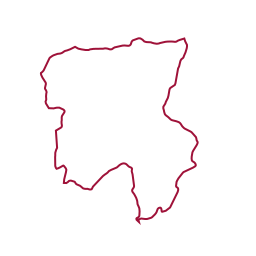 the Province of Uthai Thani, rotated 73°
{"feature_id": "THA-405", "entity_name": "Uthai Thani", "entity_type": "Province", "adm_level": 1, "iso_a3": "THA", "parent_name": "Thailand", "parent_adm1": "", "projection": "robinson", "projection_center": [99.519, 15.359], "detail": "fine", "context": "isolated", "style": "outline", "palette": "rose", "viewbox_px": 256, "rotation_deg": 73, "n_neighbors": 0, "source": "natural_earth", "source_scale": "10m", "svg_char_len": 3861}
<svg xmlns="http://www.w3.org/2000/svg" viewBox="0 0 256 256"><g transform="rotate(73 128 128)"><path d="M143.1,208.7L134.2,206.1L133.6,205.8L130.5,204.8L130.0,204.5L128.0,203.2L126.2,201.6L109.4,197.7L108.1,192.3L107.9,191.7L107.6,191.2L106.9,190.7L106.0,190.4L104.2,190.2L102.4,189.7L101.2,189.1L98.5,188.3L97.7,187.9L97.1,187.5L94.4,184.3L93.9,184.0L93.3,183.7L92.4,183.9L91.8,184.2L91.3,184.6L88.5,187.7L87.7,190.4L87.5,193.4L85.9,197.9L80.5,199.3L78.6,199.1L77.7,198.4L77.3,198.1L76.7,197.8L73.7,197.1L71.2,196.1L70.0,195.4L69.0,195.3L68.0,195.4L66.6,195.8L65.8,195.8L65.1,195.5L62.0,193.7L61.1,193.5L60.3,193.5L59.7,193.7L54.7,195.1L51.8,195.5L50.6,195.4L49.9,195.1L49.7,194.4L49.3,193.5L48.4,192.0L47.8,191.4L38.4,182.8L38.1,182.4L37.8,181.9L37.0,179.4L36.7,178.0L36.5,173.8L36.9,171.5L37.0,170.8L36.9,169.2L36.5,167.8L36.3,167.3L36.1,166.6L35.9,165.8L36.0,163.5L35.8,160.2L34.9,154.9L37.6,152.3L39.2,149.5L40.9,146.0L41.5,144.1L41.9,142.8L41.7,141.3L42.3,137.6L44.9,128.6L45.1,126.7L45.6,125.4L46.2,124.2L47.4,122.5L47.8,121.4L47.9,120.5L47.8,119.8L47.3,118.6L47.2,118.0L47.0,117.3L47.6,109.1L48.1,107.1L49.1,104.7L49.5,103.6L49.6,102.6L49.4,101.9L49.1,101.3L48.8,100.9L46.7,99.4L46.3,99.0L46.0,98.5L45.7,98.0L45.6,97.4L45.3,91.9L45.6,90.7L46.0,89.9L47.8,88.3L50.0,87.1L50.5,86.4L51.2,85.3L52.5,81.7L52.9,80.8L53.3,80.4L54.6,78.4L55.8,76.0L56.1,74.6L56.2,73.5L56.1,72.7L56.5,67.2L56.9,65.0L57.9,61.5L58.5,59.8L59.3,58.0L59.5,57.1L59.5,56.3L59.1,54.9L58.9,52.8L58.9,48.0L61.6,48.0L65.8,47.3L67.2,47.7L68.9,48.5L72.5,50.9L75.4,53.4L76.4,54.1L76.9,54.6L77.2,55.1L77.9,56.9L78.7,57.8L79.4,58.4L84.0,61.1L85.7,62.7L99.0,69.5L100.5,70.6L101.9,75.2L102.1,75.8L102.5,76.3L103.0,76.8L103.6,77.2L108.8,79.8L111.0,81.2L114.1,84.2L115.6,85.2L117.9,87.9L118.6,88.2L119.7,88.5L121.5,88.5L123.2,88.7L125.2,88.7L125.8,88.6L126.9,88.1L129.4,86.3L132.1,84.8L133.0,84.1L133.7,83.1L135.7,79.8L137.1,77.9L137.5,77.5L138.0,77.1L139.1,76.5L142.3,75.6L144.4,74.5L145.4,73.7L149.5,69.4L150.4,68.6L150.9,68.3L156.6,65.7L157.3,65.7L158.0,65.7L159.3,65.9L160.0,65.9L161.9,65.5L163.1,66.1L164.5,67.4L168.8,72.3L170.1,73.5L173.9,75.4L175.8,76.1L177.1,76.3L177.7,76.4L178.3,76.2L178.8,75.9L180.2,74.7L180.7,74.4L182.0,74.0L183.3,74.0L183.7,74.3L184.2,74.8L184.9,77.4L186.4,87.8L186.8,88.6L190.9,94.5L192.6,96.3L193.7,97.3L197.5,99.0L198.2,99.0L198.7,98.8L199.4,98.2L199.9,97.9L200.5,97.8L201.3,97.9L202.3,98.3L203.8,99.3L216.3,111.0L218.2,116.1L218.1,119.7L217.8,120.1L217.1,120.1L215.5,119.8L214.8,119.8L214.2,119.9L213.7,120.3L213.5,120.8L213.5,121.9L213.7,122.5L214.0,123.1L214.4,123.5L216.9,125.4L217.6,126.2L218.5,127.5L220.3,131.0L220.5,131.6L220.6,132.2L220.6,136.2L220.1,138.1L218.4,141.9L218.6,144.9L221.1,145.0L218.3,146.6L217.7,146.6L217.0,146.4L216.7,145.9L216.4,144.4L216.2,143.8L215.8,143.3L215.5,143.0L214.7,142.6L211.1,141.3L208.4,140.7L207.7,140.7L206.2,140.8L204.1,141.1L203.4,141.1L201.5,140.7L200.1,140.5L197.1,140.6L193.1,141.4L190.6,142.3L189.9,142.4L189.3,142.4L188.7,142.2L188.2,141.9L186.6,140.0L186.1,139.6L185.6,139.3L185.0,139.1L173.7,137.2L170.6,137.1L170.0,136.9L168.3,136.1L167.7,136.1L167.1,136.4L166.5,136.9L165.8,137.8L165.2,138.4L164.6,138.8L162.4,140.0L162.0,140.3L161.5,140.8L161.0,141.5L160.5,142.7L160.4,143.9L160.5,145.1L161.0,147.0L162.4,150.0L162.6,151.2L163.1,156.2L163.6,158.8L164.6,160.4L165.1,161.6L165.5,162.9L165.7,163.6L166.6,166.0L173.8,178.6L175.5,180.2L175.9,180.7L175.9,181.5L175.6,182.6L174.3,184.6L173.8,186.4L173.2,187.7L172.6,188.6L169.6,190.5L169.1,190.9L167.1,193.3L166.4,193.9L165.8,194.2L164.4,194.5L163.8,194.8L163.4,195.3L161.6,198.0L161.4,199.0L161.4,200.0L162.1,201.3L162.6,203.1L161.8,205.4L158.4,204.0L152.2,200.3L150.0,199.2L149.1,199.2L148.0,199.4L145.5,200.4L145.1,200.7L145.0,201.0L145.1,201.5L145.8,204.6L146.1,206.6L146.1,208.2L145.1,208.6L143.1,208.7Z" fill="none" stroke="#9f1239" stroke-width="2"/></g></svg>